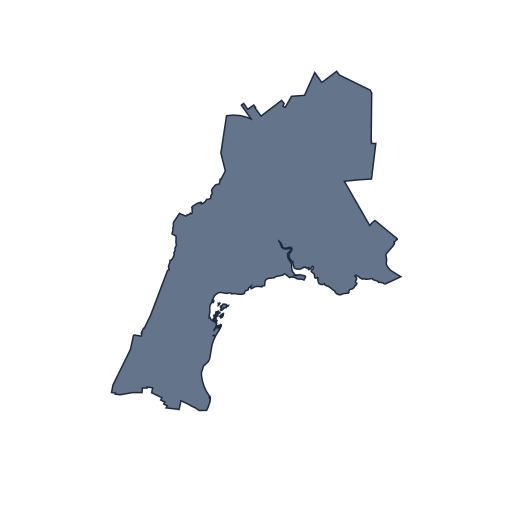 Brighton, Tasmania, Australia (Natural Earth projection), rotated 314°
{"feature_id": "25037944B48970679767962", "entity_name": "Brighton", "entity_type": "district", "adm_level": 2, "iso_a3": "AUS", "parent_name": "Australia", "parent_adm1": "Tasmania", "projection": "natural_earth1", "projection_center": [147.219, -42.727], "detail": "fine", "context": "isolated", "style": "filled", "palette": "slate", "viewbox_px": 512, "rotation_deg": 314, "n_neighbors": 0, "source": "geoboundaries", "source_scale": "gbopen_adm2", "svg_char_len": 6146}
<svg xmlns="http://www.w3.org/2000/svg" viewBox="0 0 512 512"><g transform="rotate(314 256 256)"><path d="M444.9,185.7L426.5,182.8L428.8,170.8L405.3,179.3L395.5,170.6L383.2,173.8L382.4,171.3L385.2,170.4L385.7,166.3L360.1,162.4L361.9,152.4L362.5,152.5L363.1,149.5L355.7,148.2L357.2,141.2L354.3,140.7L351.2,157.2L349.2,152.6L345.9,146.9L341.3,141.5L336.4,137.4L305.7,159.2L295.9,174.8L286.7,177.6L286.3,176.8L282.6,179.6L279.0,177.5L274.4,177.7L272.4,178.4L270.7,181.0L267.6,181.8L266.8,183.0L266.0,183.2L264.6,182.9L262.4,181.2L259.5,181.7L256.0,180.9L255.5,180.2L256.5,179.4L256.3,178.9L253.0,177.1L247.5,175.9L246.2,176.1L245.8,177.4L245.2,177.5L242.9,180.1L241.6,180.2L241.3,179.0L239.9,179.1L237.6,177.9L236.0,177.8L233.5,171.4L223.2,173.2L222.0,173.8L220.3,175.8L218.5,176.6L217.2,178.1L213.6,180.2L214.7,184.8L210.6,188.5L208.3,191.3L205.5,192.2L203.5,194.0L201.4,194.7L200.9,195.1L200.7,195.9L197.0,197.6L194.1,197.9L193.1,197.1L191.5,198.5L187.7,200.2L185.7,203.1L184.2,202.4L140.0,221.4L126.1,225.9L125.9,225.3L120.9,227.0L121.2,227.6L118.6,229.1L114.6,223.2L113.7,223.1L101.5,230.6L63.9,242.7L57.4,246.9L59.7,250.0L58.8,250.6L61.7,254.6L71.8,261.9L78.6,268.9L82.0,266.0L85.4,269.4L86.1,268.7L88.8,272.4L89.4,273.3L85.1,275.9L88.7,286.8L86.2,287.5L87.6,291.9L85.4,292.5L86.6,296.2L84.3,296.8L92.2,307.3L99.8,302.6L103.2,313.0L103.0,313.4L104.7,318.1L105.3,322.4L110.6,327.7L113.7,326.7L118.5,324.5L119.0,323.9L119.6,323.9L122.6,321.4L123.4,319.6L121.2,321.8L120.8,321.9L121.9,321.0L121.9,320.6L123.0,319.3L124.3,313.9L126.4,308.7L128.7,304.5L132.1,299.9L134.3,297.7L140.4,294.7L145.4,295.0L147.4,294.9L150.0,294.0L161.6,286.1L165.2,284.3L170.6,282.4L168.4,279.8L171.0,282.3L177.6,280.9L181.7,279.6L182.3,278.9L182.1,278.1L180.7,278.3L179.1,279.2L178.8,279.1L179.1,278.6L178.2,278.8L178.4,278.4L177.9,278.1L179.3,278.1L179.7,277.7L178.1,277.8L178.2,277.3L179.6,277.4L179.7,277.0L179.2,276.8L176.9,276.6L172.6,277.8L174.5,277.0L173.5,276.9L176.0,276.7L177.2,276.1L177.4,276.5L178.2,276.4L179.0,275.0L180.3,274.5L180.0,273.7L181.4,273.2L180.8,272.5L180.0,272.3L179.4,271.5L179.4,268.9L178.9,268.3L178.9,267.8L179.9,265.6L179.0,265.3L180.4,263.8L183.4,262.0L187.0,258.3L188.9,257.1L192.4,256.2L194.4,255.1L198.9,253.7L202.8,254.2L205.3,255.8L208.7,260.9L211.3,262.6L212.0,263.7L211.7,264.7L214.2,266.8L216.5,270.2L219.4,273.1L221.2,273.6L222.0,273.0L223.3,272.6L226.3,273.9L226.8,273.7L227.2,273.1L228.1,272.9L231.1,273.4L229.7,274.0L229.1,275.2L231.9,276.3L232.9,276.3L235.6,278.6L237.9,281.7L239.1,281.4L240.6,282.8L244.3,279.9L246.3,279.6L249.0,280.7L250.2,282.1L251.5,282.8L252.9,284.2L254.7,284.4L260.8,288.5L263.2,288.9L263.4,289.3L263.8,295.2L265.6,295.8L266.0,296.3L265.9,296.8L266.4,297.0L268.0,299.7L267.8,300.5L268.4,301.9L271.5,305.6L272.0,307.2L275.2,306.3L275.6,305.8L275.7,304.9L272.6,300.0L270.9,299.3L270.0,298.4L270.6,298.4L269.8,297.5L269.6,296.8L269.0,296.7L269.8,296.1L270.2,292.8L272.1,290.0L275.2,286.7L276.7,280.8L277.6,279.2L279.6,277.1L283.9,277.0L285.4,276.4L285.3,275.5L281.2,272.2L280.1,269.3L280.1,268.3L282.1,264.3L282.5,263.0L282.4,262.0L282.7,261.8L282.8,263.8L282.1,266.6L280.9,268.6L280.9,269.6L281.6,271.3L282.7,272.5L285.6,274.0L286.5,275.2L286.6,276.3L285.3,277.6L279.9,278.8L278.5,280.2L277.8,281.7L277.0,286.2L277.3,286.5L276.9,286.5L276.8,287.1L275.1,289.4L274.1,291.7L274.1,292.4L275.0,294.7L277.4,297.0L278.5,297.5L279.8,297.4L280.2,298.1L281.4,298.2L281.9,299.4L282.4,299.6L282.3,300.7L284.1,301.8L283.9,302.6L282.8,302.8L282.8,303.5L285.0,304.3L286.5,303.7L287.6,303.7L288.1,304.1L287.9,305.2L287.3,305.4L286.9,305.9L283.6,306.0L283.2,306.5L283.4,309.5L283.2,310.8L281.3,313.3L281.6,314.5L283.1,315.1L283.4,316.1L281.8,316.8L280.0,320.1L280.3,321.6L281.4,323.6L283.5,324.4L283.1,325.3L283.1,326.1L283.7,327.9L284.3,328.6L284.9,332.1L285.1,335.4L285.6,336.4L285.1,337.6L284.8,340.4L285.6,340.9L285.4,342.1L287.0,343.9L289.5,344.9L293.6,348.3L294.3,348.2L295.0,347.1L297.3,346.9L299.2,348.1L301.3,348.5L302.5,348.0L304.3,348.2L306.4,347.6L306.1,346.2L306.4,345.7L307.4,344.8L308.9,344.7L309.4,344.3L310.2,343.4L310.3,341.0L311.1,340.8L311.7,341.3L311.7,342.2L312.4,343.2L312.5,346.2L313.3,348.7L314.9,349.4L315.1,350.6L315.8,351.5L320.3,355.1L320.4,356.9L322.4,360.8L322.2,362.7L323.2,363.4L324.9,366.1L325.0,367.3L325.6,368.4L341.7,374.6L339.1,362.5L339.7,357.5L340.3,356.1L341.4,354.6L344.1,352.6L347.4,348.2L358.8,347.6L361.3,346.9L361.6,346.5L361.5,345.7L362.2,345.4L364.0,346.0L365.2,345.6L366.0,346.1L366.5,345.4L364.2,317.0L360.6,316.4L356.9,316.7L371.1,267.6L382.4,277.2L391.6,285.6L420.2,264.0L417.1,260.9L418.7,259.4L418.5,259.2L453.6,226.0L454.6,222.9L444.1,190.3L444.9,185.7ZM194.4,267.2L193.8,268.0L192.6,267.8L192.5,268.3L192.9,269.0L194.5,269.3L195.9,268.9L196.1,269.3L196.9,269.2L198.0,270.4L199.1,269.8L200.4,270.7L201.2,270.5L199.9,269.6L200.4,269.0L200.2,267.6L198.3,265.6L196.7,266.0L196.0,265.5L195.0,265.6L195.2,266.7L194.3,266.6L194.4,267.2ZM186.5,270.2L187.1,269.1L186.7,268.8L187.4,268.9L187.1,268.2L188.4,267.7L189.4,268.0L188.8,269.2L190.0,269.6L190.4,269.1L189.5,268.6L189.9,268.0L189.4,267.7L190.1,267.2L187.6,266.0L187.4,266.4L187.8,267.0L186.8,267.0L186.8,268.1L185.7,267.3L184.7,268.5L185.0,267.6L183.9,266.8L183.6,267.2L183.9,267.7L183.1,268.1L183.3,268.6L182.6,268.8L182.3,270.1L183.0,270.8L183.3,270.7L183.4,270.0L183.7,269.6L184.5,269.9L184.9,268.8L185.2,268.9L185.2,269.7L186.5,269.6L186.2,269.9L186.5,270.2ZM191.6,272.7L191.1,272.4L191.4,272.2L189.4,271.7L188.2,272.5L187.9,272.2L188.2,271.7L187.6,271.7L187.2,272.5L187.3,272.9L188.0,273.2L187.3,273.8L188.4,274.2L190.4,273.8L191.0,273.3L190.9,272.9L191.6,272.7ZM193.8,255.8L192.1,256.8L192.7,257.6L194.1,257.2L194.9,256.2L194.8,255.8L193.8,255.8ZM179.6,271.1L180.3,272.1L181.1,271.9L181.5,272.6L182.4,272.6L181.9,271.7L181.0,271.0L180.4,271.4L179.7,270.7L179.6,271.1ZM181.2,269.3L181.1,268.9L180.5,269.2L180.5,269.9L181.7,270.8L181.5,271.0L181.7,271.3L182.2,271.3L181.9,270.8L182.2,270.3L181.8,269.5L181.2,269.3ZM194.2,263.2L195.6,263.3L196.1,262.8L195.7,262.1L195.5,263.0L194.6,262.8L194.2,263.2ZM197.7,262.9L196.2,262.2L196.4,262.8L197.7,262.9Z" fill="#64748b" stroke="#1e293b" stroke-width="1.5"/></g></svg>